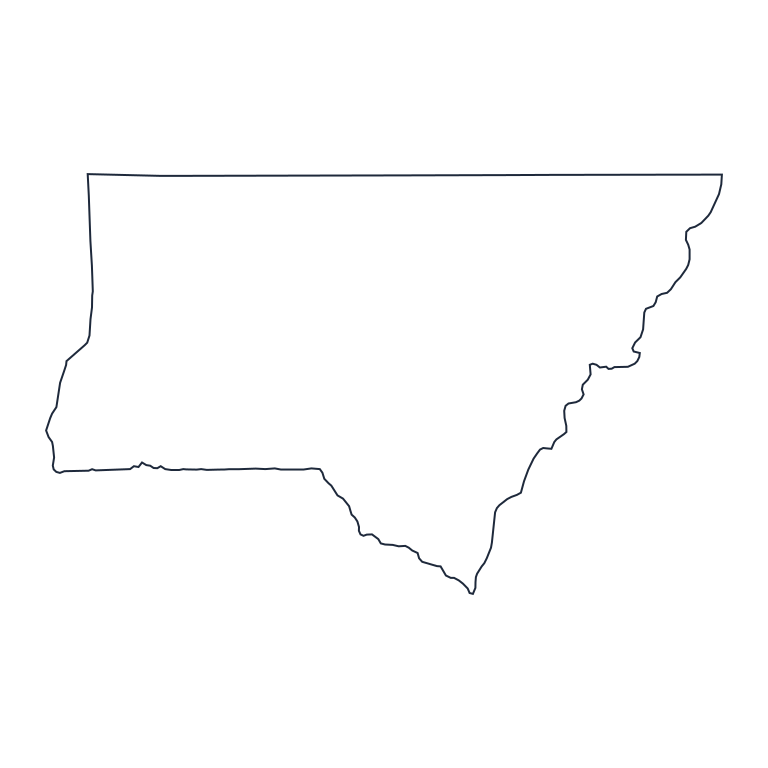 Rio Crespo, Rondônia, Brazil (Equal Earth projection)
{"feature_id": "56859067B97929575878105", "entity_name": "Rio Crespo", "entity_type": "district", "adm_level": 2, "iso_a3": "BRA", "parent_name": "Brazil", "parent_adm1": "Rondônia", "projection": "equal_earth", "projection_center": [-62.748, -9.686], "detail": "fine", "context": "isolated", "style": "outline", "palette": "slate", "viewbox_px": 768, "rotation_deg": 0, "n_neighbors": 0, "source": "geoboundaries", "source_scale": "gbopen_adm2", "svg_char_len": 2375}
<svg xmlns="http://www.w3.org/2000/svg" viewBox="0 0 768 768"><path d="M592.7,363.7L596.5,364.8L599.9,367.5L606.2,366.7L608.5,368.9L611.7,368.7L614.4,367.1L627.9,366.8L634.7,363.7L637.3,361.1L639.3,357.0L639.8,353.0L633.7,351.5L632.3,348.2L635.1,342.5L640.5,337.2L643.1,329.4L643.5,323.7L644.3,312.5L646.0,308.8L653.4,306.0L655.7,302.2L657.2,296.5L661.6,294.0L667.1,292.8L670.9,289.2L675.4,282.2L680.3,277.3L686.2,268.9L688.2,265.0L689.6,259.3L689.6,249.5L688.2,244.7L685.9,239.9L686.3,231.8L690.0,228.2L695.2,226.7L701.3,223.0L708.3,215.7L710.7,212.2L719.0,194.1L721.3,184.3L721.9,174.6L656.1,174.7L549.5,174.9L505.6,175.1L400.2,175.4L161.5,175.9L87.7,174.1L88.8,195.6L90.4,240.9L91.9,265.7L92.3,276.8L92.8,291.4L92.2,295.5L92.0,307.4L90.5,319.2L89.5,335.5L87.2,342.7L84.7,345.2L66.5,361.1L66.1,365.0L64.0,371.4L60.1,382.8L56.4,407.1L52.1,413.6L50.2,418.1L46.1,430.5L48.6,437.1L52.1,442.0L52.9,446.0L54.1,457.5L52.8,465.6L53.7,469.4L56.3,471.9L59.9,472.9L64.4,471.2L88.6,470.7L92.1,469.2L95.7,470.4L130.1,469.1L133.9,466.2L138.5,467.0L142.0,462.5L146.3,465.1L150.2,465.7L153.6,468.0L157.3,468.2L160.7,466.2L165.2,469.1L171.2,470.0L179.2,470.0L183.3,469.1L186.2,469.4L196.8,469.6L201.2,469.1L206.8,469.9L218.0,469.6L224.7,469.5L229.0,469.2L238.8,469.2L255.7,468.6L265.3,469.1L274.8,468.4L280.7,469.5L303.8,469.5L311.4,468.4L319.8,469.1L322.4,472.7L324.3,478.8L328.6,483.3L331.3,485.6L337.5,495.4L343.0,498.6L349.1,506.2L350.4,510.7L351.6,514.6L354.8,517.5L357.4,521.5L359.0,527.0L358.9,530.8L360.5,534.4L363.5,535.8L366.8,534.6L372.0,534.4L378.3,539.1L380.8,543.4L385.0,544.5L392.7,544.9L398.7,546.3L405.3,545.9L408.8,547.7L412.2,550.5L417.6,553.0L419.1,558.3L422.2,561.8L436.9,566.1L440.6,566.4L445.9,575.5L450.8,577.9L454.1,577.9L458.8,580.4L462.9,583.6L467.7,588.5L469.6,593.0L472.9,593.9L475.4,587.9L475.5,582.2L475.9,577.1L477.1,573.7L481.7,566.4L484.3,563.2L486.8,558.2L491.0,547.7L491.9,542.6L494.6,517.0L495.1,512.3L496.9,508.1L499.4,505.2L507.2,499.1L511.4,496.9L516.9,494.9L520.9,492.7L524.0,481.3L528.3,469.6L533.6,458.6L537.1,453.5L540.0,449.6L543.2,448.0L546.8,448.4L551.4,448.8L554.3,442.0L556.4,439.4L564.0,434.1L566.4,432.0L566.3,425.9L564.6,418.0L564.2,410.8L565.6,405.8L568.5,403.5L576.0,402.2L579.2,400.7L581.5,398.5L583.6,394.4L581.9,389.3L582.8,384.7L587.8,379.7L590.6,374.4L589.8,364.8L592.7,363.7Z" fill="none" stroke="#1e293b" stroke-width="2"/></svg>